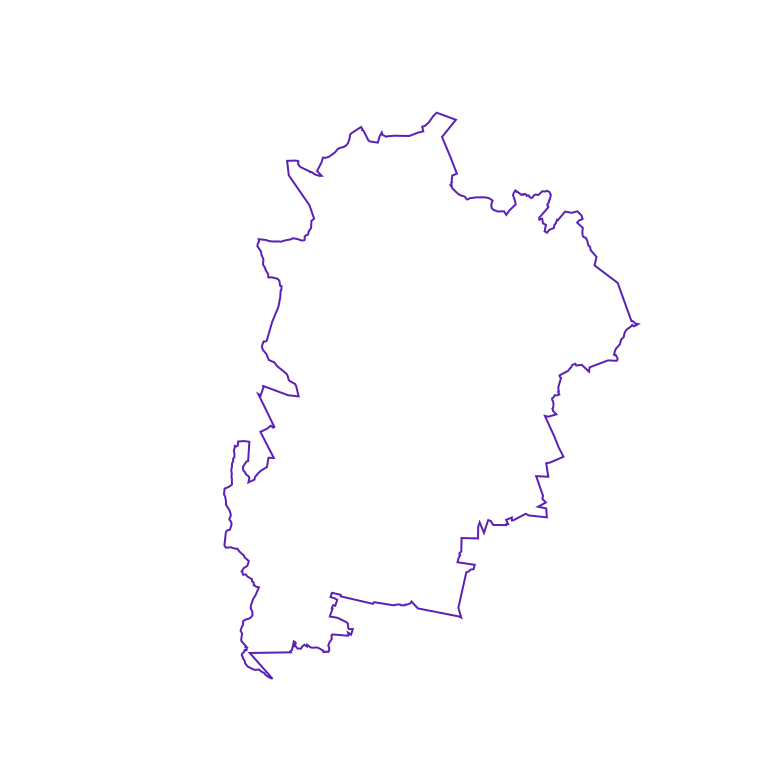 Singuilucan, Hidalgo, Mexico (orthographic projection), rotated 242°
{"feature_id": "50627088B74262052277311", "entity_name": "Singuilucan", "entity_type": "district", "adm_level": 2, "iso_a3": "MEX", "parent_name": "Mexico", "parent_adm1": "Hidalgo", "projection": "orthographic", "projection_center": [-98.495, 19.998], "detail": "fine", "context": "isolated", "style": "outline", "palette": "violet", "viewbox_px": 768, "rotation_deg": 242, "n_neighbors": 0, "source": "geoboundaries", "source_scale": "gbopen_adm2", "svg_char_len": 6166}
<svg xmlns="http://www.w3.org/2000/svg" viewBox="0 0 768 768"><g transform="rotate(242 384 384)"><path d="M332.4,183.9L330.6,182.7L327.7,179.5L328.3,176.8L327.5,174.9L316.4,167.3L313.7,167.5L311.8,172.0L308.3,175.4L307.7,177.0L303.2,177.9L298.0,179.9L296.5,179.5L291.1,181.5L287.6,178.0L287.3,173.7L285.3,170.2L284.4,170.7L281.8,170.0L280.7,172.6L278.4,172.9L273.5,175.8L271.5,174.8L270.3,175.6L269.2,175.5L267.4,174.5L266.9,175.3L265.2,175.8L263.2,178.1L257.6,171.1L255.5,167.4L250.9,162.5L248.3,160.9L244.9,161.0L241.5,159.3L240.3,156.5L240.2,154.7L240.9,151.6L240.8,148.3L237.8,146.7L236.4,144.6L233.6,141.6L230.2,141.5L225.6,138.1L224.1,137.4L215.9,139.3L216.2,138.4L215.2,138.8L213.6,137.7L214.6,136.1L213.4,135.2L212.3,131.9L211.4,131.1L209.2,131.2L208.5,130.7L204.7,131.0L202.4,130.2L198.6,131.0L193.5,134.5L191.9,136.3L190.6,139.5L187.2,141.0L184.8,142.7L182.8,142.8L178.6,145.0L176.1,147.2L209.5,139.2L190.8,175.8L192.0,175.8L192.3,177.9L199.1,183.6L197.4,184.6L196.6,184.4L194.6,182.3L194.6,182.7L191.0,183.5L189.3,186.4L190.7,188.9L191.1,191.3L188.4,192.8L189.8,193.8L186.2,195.3L184.8,196.9L183.0,200.8L182.1,201.9L177.0,205.3L176.1,204.6L175.7,204.9L174.9,206.2L174.8,207.5L173.6,208.8L174.4,210.4L177.3,212.0L178.7,211.8L179.9,212.7L181.3,214.3L183.5,218.3L186.6,219.5L187.1,220.9L178.6,234.1L178.8,235.0L181.4,235.5L178.2,237.3L182.2,241.4L184.1,237.9L185.5,237.9L189.7,239.6L191.4,239.0L199.5,233.1L204.1,227.0L209.8,233.1L210.5,232.6L211.6,234.0L212.6,235.4L211.1,236.8L215.4,241.4L217.8,239.9L221.0,236.7L224.1,240.0L218.2,246.8L216.8,246.1L195.1,271.0L196.0,272.8L184.1,288.6L183.1,292.1L181.8,294.7L180.4,295.3L179.7,297.2L178.9,298.1L179.2,299.7L178.4,300.6L178.0,304.4L179.0,306.2L170.0,308.5L143.6,341.0L141.5,342.5L151.5,344.6L179.1,368.3L178.7,370.7L179.5,373.2L178.4,376.2L181.8,379.2L192.1,365.2L195.2,368.0L197.1,370.9L198.3,370.6L199.2,371.2L199.8,373.6L211.6,380.2L203.5,394.5L213.8,400.2L216.9,403.5L205.6,402.4L214.9,412.1L213.1,413.9L208.3,414.2L202.0,425.7L202.9,426.3L202.1,427.8L206.7,428.1L206.1,434.2L203.5,432.9L202.9,434.1L202.9,448.2L200.0,450.1L189.8,465.2L198.0,468.8L203.3,462.4L203.4,471.3L208.2,469.9L210.7,471.9L231.2,475.1L225.0,485.5L237.9,490.0L236.7,493.8L235.5,508.3L246.5,508.5L257.2,509.7L280.3,511.1L278.0,513.7L276.3,521.9L281.0,520.6L282.3,521.2L283.1,521.0L283.7,522.2L286.2,524.0L289.3,525.2L290.4,525.0L292.3,525.6L292.7,527.4L294.0,529.4L292.8,531.0L292.4,533.8L295.2,534.0L295.2,534.7L299.2,536.3L306.3,543.2L307.5,542.6L309.2,543.1L309.2,552.9L310.4,555.2L310.8,556.9L312.4,559.3L312.0,562.4L310.1,562.4L308.1,567.6L298.6,570.8L302.2,573.4L299.7,592.8L295.3,600.3L295.5,601.1L297.0,602.3L300.9,602.2L301.1,601.2L301.8,600.8L304.6,603.3L306.3,605.4L308.3,611.0L311.7,613.9L313.0,617.8L315.8,620.0L317.2,621.9L318.1,623.8L318.9,629.3L319.6,630.9L317.9,631.4L317.6,631.9L317.6,636.4L319.4,634.3L322.7,633.2L323.3,632.0L363.6,637.8L389.8,625.6L396.5,631.3L405.2,629.3L407.8,630.2L409.3,630.2L410.3,629.5L415.5,630.8L418.3,630.8L420.5,629.0L421.9,629.1L425.1,630.5L428.5,632.8L435.8,630.3L436.8,632.7L436.5,636.9L440.3,637.5L445.7,635.8L447.1,630.0L451.2,624.8L447.0,614.4L447.7,614.0L445.2,611.0L444.4,609.1L442.0,607.2L442.5,602.4L441.1,598.9L443.4,597.5L448.5,601.7L451.2,599.8L455.7,601.3L456.2,598.3L457.9,599.0L462.9,612.1L463.6,612.4L464.5,612.0L465.0,612.6L466.0,612.6L467.1,615.1L468.1,615.4L469.0,616.6L468.9,617.0L472.7,620.1L475.9,620.2L478.1,618.6L478.3,616.5L479.7,614.6L479.8,614.0L478.4,609.1L480.2,606.5L480.3,605.5L479.0,602.5L479.1,601.3L480.9,600.3L482.3,600.4L482.9,599.8L483.2,598.2L483.7,598.3L483.7,598.6L485.6,597.7L486.4,595.3L485.9,595.3L486.6,594.1L491.3,591.9L491.4,591.3L493.2,590.9L491.6,588.0L490.0,586.5L484.3,585.7L480.8,584.6L478.3,576.0L475.9,571.4L480.2,571.0L482.9,565.4L486.6,562.2L488.9,561.7L491.9,562.8L495.0,566.0L498.5,564.2L501.3,561.0L505.4,553.3L507.7,547.1L507.7,544.4L508.3,543.8L511.6,543.2L515.1,539.8L517.1,538.7L523.9,536.4L528.0,536.1L527.4,536.9L530.0,537.8L530.1,538.7L532.3,539.5L536.0,542.2L535.5,547.1L552.1,549.1L574.9,551.2L583.5,571.5L598.8,557.9L597.5,553.4L593.9,546.3L592.7,541.4L593.2,538.5L588.6,537.3L590.0,532.0L591.1,522.8L598.4,509.6L601.0,503.6L601.2,502.2L604.6,499.6L607.1,500.1L604.5,496.1L600.0,491.9L604.5,485.7L606.3,484.6L617.6,484.8L618.6,483.8L619.4,484.6L621.7,484.4L620.7,472.6L619.9,471.0L616.8,468.8L613.4,465.1L612.4,462.5L612.2,459.5L613.1,456.3L613.3,453.7L611.4,449.1L610.5,441.9L611.1,438.7L612.6,436.4L608.8,432.6L603.5,424.9L597.1,426.7L598.0,424.8L601.3,421.5L605.3,419.4L605.8,418.2L606.3,418.4L613.8,412.8L615.8,411.7L618.5,411.4L620.9,413.0L621.4,412.6L622.9,410.6L626.5,403.2L613.0,397.9L576.9,402.1L562.8,399.9L562.1,396.5L556.1,392.9L553.7,388.7L551.8,387.4L551.6,386.2L552.0,384.9L551.4,383.1L548.8,381.9L548.3,381.0L549.4,378.6L552.7,375.6L555.4,372.1L555.5,369.5L557.2,364.1L558.1,359.6L559.4,358.0L560.2,355.8L561.0,355.2L561.4,353.7L563.9,349.9L566.5,347.4L570.7,341.4L568.8,340.8L566.4,337.7L564.9,336.9L559.3,337.6L555.5,336.5L550.5,336.0L546.3,333.2L542.3,333.5L540.2,333.0L535.6,333.3L532.4,331.9L530.8,335.1L526.9,339.4L524.5,340.1L519.4,338.4L518.4,339.5L515.1,337.3L515.1,336.7L509.3,333.1L501.7,327.0L491.4,314.5L477.2,300.7L477.2,299.1L478.1,297.7L475.0,294.2L473.5,293.5L471.1,293.1L465.8,294.2L459.3,293.6L454.5,297.4L450.0,298.0L439.2,302.6L436.8,302.8L432.9,301.9L431.2,302.0L425.7,305.5L423.5,305.5L413.1,302.8L419.1,294.1L439.7,275.7L438.2,276.6L431.8,269.7L434.1,268.3L397.5,267.0L397.5,265.6L400.3,264.6L399.4,259.6L399.8,252.4L370.4,252.0L373.1,247.4L365.6,241.6L365.3,235.1L364.4,231.3L362.3,226.3L360.4,224.8L360.8,218.1L364.0,220.9L366.0,221.1L369.7,219.5L371.0,220.0L373.7,219.2L376.9,220.3L380.1,226.0L379.8,227.9L396.2,238.0L399.4,233.5L401.7,228.1L399.0,226.7L398.2,225.3L398.3,223.8L399.4,223.3L399.2,223.0L398.4,222.8L395.8,220.2L392.7,219.2L389.5,217.5L388.9,215.7L386.2,214.3L385.5,212.7L382.0,210.7L379.6,208.6L376.2,207.5L373.5,205.6L372.6,205.6L366.5,202.5L366.0,198.3L366.5,194.2L361.7,190.9L358.7,190.8L354.1,189.2L351.7,187.8L345.4,188.3L341.0,187.6L339.4,186.6L337.6,184.2L336.8,183.8L334.5,184.3L332.4,183.9Z" fill="none" stroke="#5b21b6" stroke-width="2"/></g></svg>